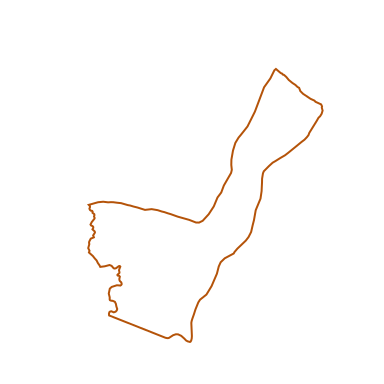 Huehuetenango, Huehuetenango, Guatemala, rotated 112°
{"feature_id": "79465075B83999365209014", "entity_name": "Huehuetenango", "entity_type": "district", "adm_level": 2, "iso_a3": "GTM", "parent_name": "Guatemala", "parent_adm1": "Huehuetenango", "projection": "mercator", "projection_center": [-91.375, 15.301], "detail": "fine", "context": "isolated", "style": "outline", "palette": "amber", "viewbox_px": 384, "rotation_deg": 112, "n_neighbors": 0, "source": "geoboundaries", "source_scale": "gbopen_adm2", "svg_char_len": 2930}
<svg xmlns="http://www.w3.org/2000/svg" viewBox="0 0 384 384"><g transform="rotate(112 192 192)"><path d="M233.4,130.3L231.7,130.1L227.5,128.7L216.9,123.9L212.6,122.7L206.9,122.2L200.1,123.3L194.9,124.0L185.0,126.1L172.5,126.0L165.1,127.8L161.4,129.1L156.8,130.7L153.4,132.0L148.1,133.2L145.9,133.2L139.2,130.4L134.6,128.2L131.9,126.1L131.2,125.6L127.2,122.7L123.1,119.5L119.5,117.4L104.4,109.1L101.4,107.3L98.1,106.0L95.6,105.3L93.2,105.4L79.3,103.0L75.7,102.5L73.8,101.6L70.9,101.1L67.6,101.4L65.1,103.3L63.9,103.5L62.4,105.1L62.1,111.3L61.4,112.7L61.2,117.0L59.4,125.7L57.9,129.3L55.3,131.7L55.1,133.5L54.0,136.2L53.3,139.7L51.9,144.2L50.0,147.7L49.0,150.5L49.1,151.9L48.5,152.6L48.5,154.2L46.5,160.3L48.3,161.2L57.4,161.9L67.9,164.4L93.1,163.8L94.2,163.8L110.5,165.1L120.7,168.1L124.1,169.2L130.2,170.2L138.3,169.5L147.2,167.6L152.2,165.7L156.5,163.4L159.7,162.9L174.0,164.9L181.5,164.7L187.5,166.3L197.2,166.4L206.4,168.2L214.7,171.3L217.7,174.0L218.8,176.8L218.9,184.2L220.2,196.0L220.5,203.5L220.8,206.4L221.0,210.1L221.4,212.7L221.7,217.0L223.0,223.0L226.2,228.9L226.8,236.6L227.4,240.9L227.7,244.3L228.2,246.6L228.9,253.6L230.0,257.4L231.0,261.3L231.8,263.4L233.0,265.9L234.3,270.7L236.7,275.3L242.6,282.9L243.4,281.3L244.3,280.9L245.8,280.9L246.4,280.4L246.9,279.8L247.2,278.6L247.0,278.1L246.9,277.5L247.4,276.8L248.0,276.7L248.6,276.4L249.1,274.4L249.9,273.8L251.4,273.7L252.6,272.5L253.5,272.5L257.5,273.7L260.2,273.9L260.8,273.1L260.9,271.3L261.4,270.5L262.2,270.1L263.9,270.3L265.0,267.5L265.4,267.1L266.0,266.8L269.3,267.4L270.0,266.7L270.8,266.0L273.2,268.4L276.5,268.7L277.8,268.4L278.7,267.7L282.9,267.2L284.9,265.0L286.7,264.9L288.5,259.9L290.0,257.3L291.2,254.8L293.1,252.7L294.7,250.2L295.8,249.0L293.6,245.1L290.6,241.1L290.6,238.9L291.9,236.4L292.1,235.5L291.7,234.6L291.2,234.0L290.7,233.6L290.1,233.3L289.4,232.8L288.8,232.5L288.2,232.1L287.7,231.3L288.1,230.5L288.9,230.5L289.7,230.5L290.5,230.5L291.8,230.4L292.3,230.1L293.0,229.6L293.5,229.2L294.2,229.0L295.2,229.4L295.7,229.7L296.9,230.1L297.3,229.6L297.1,228.8L297.1,227.9L297.5,227.2L298.6,227.0L299.9,226.8L300.8,226.3L301.6,225.5L301.8,225.0L302.2,223.9L302.8,223.3L303.7,222.7L304.7,222.8L305.6,223.4L305.8,224.2L306.1,225.1L306.6,226.7L310.1,230.9L312.4,232.0L317.4,231.1L320.4,228.9L322.6,228.0L323.0,227.6L323.1,226.9L322.9,225.6L322.6,224.9L322.7,222.4L324.2,220.7L326.5,219.2L328.5,217.5L330.0,217.4L331.4,217.9L332.3,218.7L332.9,219.6L332.8,222.1L333.5,223.1L334.4,223.6L336.0,223.4L337.5,222.6L337.1,162.0L336.8,160.4L336.5,159.5L335.9,158.7L331.8,155.8L330.0,153.7L329.2,151.7L329.4,148.1L330.8,144.2L331.9,141.8L332.1,140.0L331.9,138.6L331.8,137.7L331.3,137.3L330.1,137.1L329.3,137.2L327.9,137.4L325.7,138.1L313.6,143.6L311.7,144.0L309.5,144.2L304.8,144.4L299.6,144.8L292.0,144.8L288.8,144.2L281.7,140.2L272.0,138.6L258.4,138.3L251.0,139.3L246.4,139.1L241.2,136.8L233.4,130.3Z" fill="none" stroke="#b45309" stroke-width="2"/></g></svg>